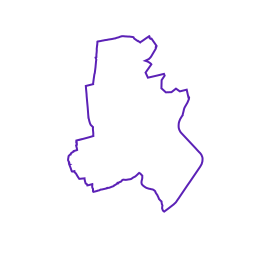 outline of Haarlem, Noord-Holland, Netherlands, rotated 333°
{"feature_id": "6326949B1246311998557", "entity_name": "Haarlem", "entity_type": "district", "adm_level": 2, "iso_a3": "NLD", "parent_name": "Netherlands", "parent_adm1": "Noord-Holland", "projection": "robinson", "projection_center": [4.639, 52.384], "detail": "fine", "context": "isolated", "style": "outline", "palette": "violet", "viewbox_px": 256, "rotation_deg": 333, "n_neighbors": 0, "source": "geoboundaries", "source_scale": "gbopen_adm2", "svg_char_len": 5348}
<svg xmlns="http://www.w3.org/2000/svg" viewBox="0 0 256 256"><g transform="rotate(333 128 128)"><path d="M68.2,169.2L69.8,169.6L70.3,169.7L72.1,170.1L72.3,170.0L73.0,170.2L73.2,170.3L74.3,170.5L74.7,170.5L75.3,170.4L75.8,170.5L76.4,170.8L77.1,171.0L81.1,172.0L81.1,171.9L81.6,171.9L82.0,171.9L82.0,172.0L84.1,172.7L84.9,172.8L86.0,172.9L87.2,173.0L87.6,173.1L88.5,173.2L89.3,173.1L89.5,172.9L90.7,172.9L92.9,172.7L93.0,172.5L93.7,172.1L94.1,172.6L94.3,172.8L94.5,172.6L94.9,172.4L96.4,172.4L97.0,172.6L98.0,172.4L98.8,171.9L99.0,171.9L99.5,171.9L99.9,171.8L100.4,171.9L101.0,172.3L101.9,172.9L103.2,173.5L104.9,174.0L106.3,174.5L107.0,174.7L107.4,174.8L108.1,174.8L108.7,174.7L109.9,174.5L111.1,174.5L112.3,174.5L112.5,174.5L114.8,173.9L116.7,173.3L117.5,173.1L117.7,173.5L118.0,173.8L118.3,174.2L118.4,174.6L118.5,175.1L118.7,175.7L119.0,176.6L119.1,176.9L119.0,177.1L118.7,177.7L118.1,178.9L117.7,179.5L116.7,180.7L116.4,181.0L115.9,181.6L115.5,182.3L115.3,182.6L115.1,183.0L115.0,183.4L114.8,184.4L114.9,184.7L115.0,185.3L115.2,186.0L115.9,187.5L116.4,188.4L116.5,188.6L116.9,189.2L117.1,189.6L119.1,191.6L119.5,191.9L120.2,192.4L120.9,193.1L121.4,193.4L122.3,194.2L122.7,194.8L123.4,196.3L123.5,196.7L123.5,196.8L123.4,197.5L123.3,197.8L123.3,198.1L123.4,199.0L123.5,199.7L123.5,200.1L123.7,201.2L123.6,202.2L123.6,203.8L123.5,204.4L123.4,205.2L123.4,205.4L123.7,206.3L123.9,207.2L124.5,208.6L124.5,208.8L124.2,209.3L124.1,209.7L123.6,211.3L123.6,211.7L123.5,212.7L122.6,213.9L122.3,214.4L122.1,214.9L121.9,215.1L121.9,215.4L121.7,216.4L121.7,216.9L121.7,217.3L121.8,218.0L122.3,218.9L127.2,218.1L134.1,216.8L135.0,216.5L136.2,216.2L137.0,215.9L137.6,215.6L138.1,215.3L140.5,214.0L141.7,213.4L142.9,212.7L155.2,205.9L158.6,204.1L174.8,195.2L175.7,194.6L176.3,194.2L177.2,193.6L177.7,193.1L178.2,192.5L179.0,191.7L179.5,190.9L180.1,189.9L180.5,189.2L180.7,188.7L180.9,188.1L181.0,187.7L181.1,186.7L181.2,185.5L181.2,185.0L181.1,184.3L181.0,183.7L180.8,182.8L180.5,182.0L179.6,178.9L179.0,176.6L175.5,164.5L173.2,156.6L173.0,155.7L172.9,155.1L172.9,154.7L172.9,153.1L173.0,152.3L173.1,151.6L173.3,150.9L173.6,150.0L173.8,149.7L174.2,148.8L175.1,147.3L175.3,147.0L175.9,146.2L177.1,145.0L177.8,144.4L178.6,143.7L179.1,143.4L180.7,142.4L181.1,142.1L182.5,141.5L182.8,140.9L183.4,140.2L185.0,138.4L186.3,136.8L187.3,135.8L188.1,135.2L191.5,133.0L192.6,132.3L193.0,131.9L194.8,130.4L195.3,130.0L195.6,129.5L196.1,128.9L196.3,128.5L196.2,127.9L196.2,127.6L196.2,127.4L195.9,127.5L197.7,120.5L190.8,118.9L188.6,114.7L183.0,115.8L177.9,113.4L175.8,107.8L179.7,100.6L184.4,98.0L184.6,96.1L177.8,94.5L168.6,92.2L168.8,86.6L177.7,81.9L177.6,81.2L177.4,80.8L177.3,80.5L176.9,79.7L176.5,79.0L175.9,78.1L175.0,77.0L174.5,76.5L173.9,75.9L176.9,76.0L177.5,76.0L178.0,76.0L178.6,75.8L179.2,75.6L180.3,75.2L181.1,74.8L188.5,70.1L190.2,68.4L189.8,68.2L190.1,67.9L190.3,67.9L190.6,68.0L190.7,67.9L190.6,67.0L189.5,59.0L187.7,58.5L187.8,58.5L188.0,58.1L188.4,57.2L188.7,56.1L188.6,55.8L188.0,55.9L187.1,56.0L186.1,56.1L185.4,56.2L183.9,56.4L181.9,56.7L179.6,57.0L178.2,57.1L177.7,57.3L176.5,55.0L176.2,55.0L175.1,53.0L174.9,52.5L174.3,51.5L174.1,50.9L174.1,50.5L174.1,49.7L173.7,49.2L170.5,47.0L169.8,46.7L168.3,45.8L167.5,45.3L166.9,45.0L166.2,44.5L165.7,44.2L165.1,43.9L164.3,43.5L164.1,43.4L163.3,43.3L162.7,43.1L161.0,43.0L159.6,42.7L158.8,42.5L157.7,42.4L157.4,42.4L156.6,42.1L154.0,41.4L150.4,40.2L149.5,40.0L147.2,39.2L145.7,38.8L145.0,38.6L144.8,38.5L142.8,38.0L140.1,37.1L139.9,37.2L138.8,39.2L138.3,40.0L138.2,40.0L136.7,42.3L136.3,42.9L136.1,43.2L135.9,43.6L135.3,44.9L135.2,45.0L134.9,45.5L134.7,45.9L134.5,46.2L133.2,48.2L132.0,50.5L131.1,50.5L131.0,50.9L130.9,51.9L130.8,52.7L129.9,53.9L128.9,55.5L127.5,57.7L126.7,59.0L124.6,62.1L123.3,64.0L122.7,64.6L122.2,65.2L121.7,65.9L121.3,66.5L120.3,67.9L118.7,70.2L117.9,71.4L117.7,71.7L116.9,72.8L116.8,73.1L109.5,71.4L108.8,73.1L108.5,73.8L106.4,79.1L105.9,80.2L105.6,80.9L103.5,86.1L101.2,91.9L100.4,93.8L98.0,99.5L97.7,100.2L97.8,100.2L97.5,101.0L97.3,101.6L97.1,102.6L96.7,104.1L96.3,106.3L96.2,107.5L96.2,108.4L96.3,108.6L96.8,110.1L96.9,110.5L97.2,111.1L97.2,111.4L96.7,112.2L96.4,112.7L96.3,112.8L96.2,113.2L95.7,114.3L95.3,115.4L95.1,115.8L94.8,116.7L94.1,118.0L93.5,119.4L89.2,118.6L84.9,117.7L80.2,116.7L80.3,116.6L76.3,115.7L75.6,116.9L75.8,117.0L75.4,117.9L75.6,117.9L75.1,119.2L75.0,119.3L74.7,119.8L74.3,119.7L73.9,119.9L73.8,120.0L73.7,120.4L73.7,120.6L73.6,121.1L73.2,122.9L72.7,124.5L72.3,124.5L69.2,123.9L69.1,124.2L69.0,124.3L68.9,124.3L67.5,124.4L67.4,124.4L66.7,124.5L66.0,124.6L65.5,124.8L65.3,124.9L65.2,125.0L65.1,125.4L65.0,125.5L64.9,125.6L64.0,125.5L63.8,125.5L62.5,126.0L62.3,126.1L61.8,126.8L60.4,128.7L60.0,129.5L59.9,129.8L60.0,131.4L60.0,132.0L59.9,132.2L59.5,132.3L59.4,133.3L59.4,133.9L59.5,134.0L59.4,134.0L59.1,133.9L58.7,137.9L58.3,140.5L58.3,140.9L58.3,141.2L58.5,141.5L60.7,142.1L60.6,142.5L60.3,143.1L60.5,143.6L61.0,145.0L61.0,145.4L61.0,146.2L61.1,147.2L61.1,147.8L61.3,149.8L61.5,151.2L66.4,153.1L66.1,153.7L66.1,153.9L65.8,154.8L65.4,156.5L65.1,158.2L65.2,158.4L65.5,158.8L65.7,159.1L65.8,159.4L65.9,159.7L65.9,160.0L65.7,160.7L65.9,160.8L70.7,161.8L70.5,162.3L70.2,162.7L69.7,163.5L69.3,164.5L69.2,164.7L69.1,165.4L69.2,165.8L69.2,166.3L69.1,166.5L68.7,167.3L68.2,168.2L68.1,168.5L68.2,168.9L68.2,169.2Z" fill="none" stroke="#5b21b6" stroke-width="2"/></g></svg>